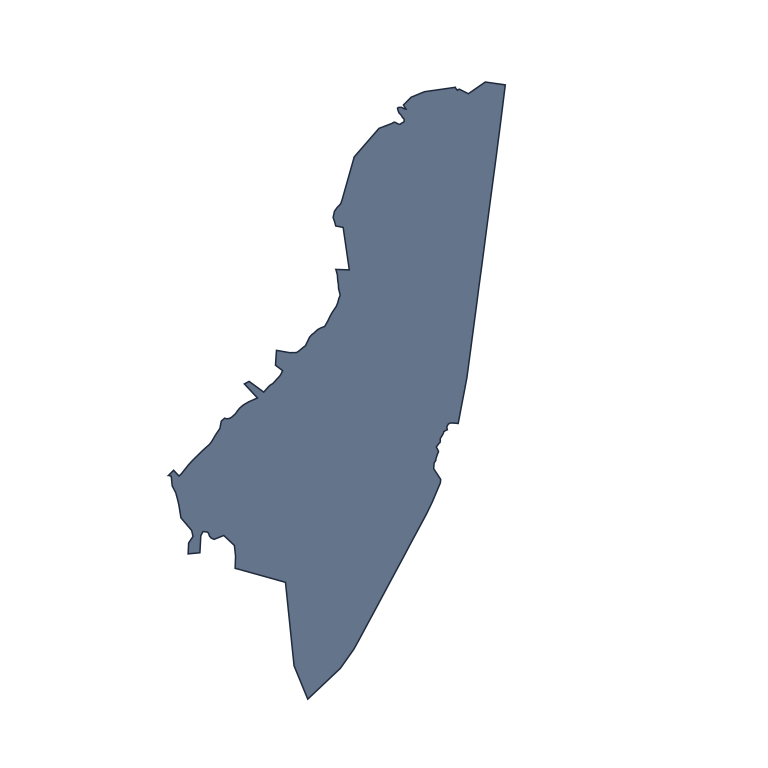 Machina, Yobe, Nigeria, rotated 150°
{"feature_id": "59680162B29257457515537", "entity_name": "Machina", "entity_type": "district", "adm_level": 2, "iso_a3": "NGA", "parent_name": "Nigeria", "parent_adm1": "Yobe", "projection": "robinson", "projection_center": [10.011, 13.038], "detail": "fine", "context": "isolated", "style": "filled", "palette": "slate", "viewbox_px": 768, "rotation_deg": 150, "n_neighbors": 0, "source": "geoboundaries", "source_scale": "gbopen_adm2", "svg_char_len": 3207}
<svg xmlns="http://www.w3.org/2000/svg" viewBox="0 0 768 768"><g transform="rotate(150 384 384)"><path d="M217.1,618.8L227.7,615.9L227.5,611.1L228.3,611.7L229.0,612.4L229.4,613.2L229.9,614.0L230.5,614.8L230.9,615.1L231.6,615.5L233.5,616.4L234.5,616.0L235.0,614.1L235.1,613.7L235.5,611.1L234.8,608.8L234.7,607.3L234.7,605.4L234.2,603.9L234.3,602.8L235.0,601.8L235.6,601.2L236.8,601.0L238.5,601.2L240.0,600.8L240.7,601.1L242.1,602.6L242.8,604.0L243.5,605.0L244.5,605.8L247.0,605.7L250.5,606.3L260.5,607.9L296.2,595.6L328.7,564.0L331.5,561.7L336.3,560.3L340.5,558.4L344.8,553.7L345.8,548.6L346.8,545.0L341.1,540.0L357.0,500.2L368.4,507.3L368.4,507.2L369.9,501.7L371.4,498.7L372.9,495.4L373.0,495.1L373.1,494.8L373.2,494.6L373.3,494.2L373.6,493.2L375.0,490.7L376.0,488.4L376.0,488.2L376.1,487.9L376.1,487.7L376.3,487.0L377.1,484.3L377.4,483.2L378.2,482.3L380.0,480.9L380.2,480.7L380.3,480.7L380.5,480.5L380.6,480.4L382.2,478.8L383.2,477.7L386.5,475.1L390.2,473.3L392.7,472.1L394.6,471.0L396.3,470.0L401.3,466.6L406.6,463.5L410.9,464.2L414.3,464.3L418.8,463.2L419.0,463.2L422.0,462.8L425.2,461.7L429.4,458.8L433.1,456.3L434.4,456.3L441.5,455.1L444.1,455.0L450.0,458.3L460.3,466.9L468.6,454.5L465.2,446.4L465.4,446.3L465.4,446.2L465.5,446.2L467.5,444.5L468.5,444.0L468.8,443.8L469.7,443.3L471.0,442.8L473.4,442.1L475.5,441.4L477.1,440.9L480.0,440.0L483.3,439.9L485.7,439.3L486.9,438.9L492.2,437.1L499.5,453.7L504.9,453.9L500.6,435.2L509.8,436.2L514.3,436.2L514.9,436.2L517.0,436.1L521.3,435.2L524.3,434.0L524.5,433.9L525.0,433.7L527.5,432.5L532.8,431.4L534.2,431.4L534.3,431.4L534.4,431.5L534.5,431.5L534.8,431.5L535.0,431.5L535.3,431.6L535.5,431.6L537.7,432.6L539.1,434.1L543.5,433.2L548.3,427.6L555.2,424.2L555.8,423.9L559.8,421.6L560.1,421.4L561.2,420.8L565.1,419.0L571.5,417.7L575.1,416.9L585.2,414.3L589.2,413.2L593.9,411.7L604.5,407.5L607.5,406.8L608.6,411.3L609.3,414.5L616.3,412.6L616.1,412.5L615.8,412.0L615.4,411.6L615.1,411.2L614.4,410.5L618.4,401.6L618.7,394.0L620.3,388.0L622.1,381.9L626.8,369.6L623.8,353.4L625.6,347.5L632.7,344.0L638.6,334.8L627.8,329.9L618.5,344.2L614.5,346.7L610.9,344.0L610.6,342.0L611.2,339.8L610.7,337.0L608.8,334.4L598.5,332.9L594.3,319.0L598.6,309.2L605.1,298.8L602.6,296.3L568.5,261.5L602.8,184.9L607.6,149.2L563.9,159.6L542.9,169.3L533.7,174.8L515.8,185.9L511.2,188.7L498.0,196.9L477.4,209.7L461.4,219.6L451.9,225.5L439.0,233.6L426.8,241.1L412.3,250.1L401.4,257.5L384.6,270.2L382.6,273.0L383.3,285.8L380.1,290.5L377.2,292.0L376.7,293.0L373.0,296.3L370.6,298.1L370.3,300.2L370.2,303.3L366.0,305.1L364.6,305.4L363.4,307.0L362.6,308.6L360.3,309.8L360.1,310.1L359.3,310.3L356.9,311.9L356.1,312.9L353.9,312.9L352.0,312.7L351.7,313.7L351.1,315.5L348.5,317.1L346.1,317.1L342.4,314.8L339.5,312.7L325.8,328.6L317.3,338.4L308.9,348.2L305.9,352.1L290.7,371.8L283.2,381.6L263.5,407.2L253.9,419.8L239.8,438.0L225.4,456.8L214.3,471.3L198.7,491.6L191.4,501.1L178.6,517.7L171.3,527.2L165.6,534.7L158.3,544.2L143.6,563.6L129.4,582.4L145.3,594.9L165.8,593.2L171.3,601.6L171.6,601.7L171.9,601.8L172.3,601.7L172.8,601.9L173.6,601.7L173.7,602.0L173.8,602.9L174.0,603.9L174.1,604.8L173.8,605.3L175.9,606.1L202.8,616.9L217.1,618.8Z" fill="#64748b" stroke="#1e293b" stroke-width="1.5"/></g></svg>